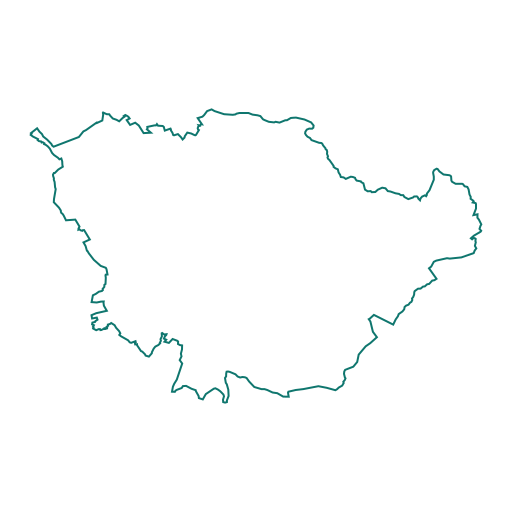 Brusturi, Bihor, Romania (Equal Earth projection)
{"feature_id": "2599482B67596025009849", "entity_name": "Brusturi", "entity_type": "district", "adm_level": 2, "iso_a3": "ROU", "parent_name": "Romania", "parent_adm1": "Bihor", "projection": "equal_earth", "projection_center": [22.262, 47.138], "detail": "fine", "context": "isolated", "style": "outline", "palette": "teal", "viewbox_px": 512, "rotation_deg": 0, "n_neighbors": 0, "source": "geoboundaries", "source_scale": "gbopen_adm2", "svg_char_len": 6035}
<svg xmlns="http://www.w3.org/2000/svg" viewBox="0 0 512 512"><path d="M473.7,253.1L474.7,250.5L476.3,248.4L474.9,245.9L475.8,242.2L475.4,241.1L475.7,238.9L474.6,238.1L473.4,238.2L472.1,239.3L470.9,238.3L474.0,235.6L480.6,231.7L481.2,230.8L479.5,228.9L480.5,225.8L481.3,224.4L478.9,219.6L477.4,217.7L477.5,214.3L473.5,215.1L476.0,208.6L476.0,204.1L475.6,203.1L472.8,202.5L473.7,201.4L473.4,200.8L470.6,198.8L470.7,196.8L469.5,194.5L468.6,189.4L467.3,186.9L464.6,186.3L463.0,184.2L462.2,183.8L455.6,183.8L452.1,181.8L451.4,180.6L451.1,176.6L450.6,175.8L449.3,175.2L443.5,174.5L439.4,171.4L437.6,169.0L436.6,168.7L434.2,170.1L433.3,171.7L433.1,172.8L433.8,176.6L433.8,179.7L429.5,190.2L426.9,193.6L426.8,195.1L426.1,196.2L425.0,195.3L422.1,196.6L420.5,198.5L420.0,200.3L418.3,198.6L417.9,197.4L416.9,196.4L414.1,196.5L413.0,197.5L408.3,199.1L404.4,197.0L403.3,195.2L400.8,195.1L399.0,193.9L395.5,193.3L390.4,191.5L387.8,191.1L385.5,188.3L382.2,187.7L377.8,189.7L375.3,192.0L371.7,192.2L370.7,191.1L367.7,191.3L365.0,189.6L363.4,183.3L361.3,182.2L360.9,181.4L356.7,180.6L355.7,179.5L355.0,177.8L352.9,177.0L350.8,176.7L345.8,178.9L343.6,177.4L340.8,177.0L340.1,174.8L338.6,172.5L337.8,169.3L335.6,168.4L333.6,166.9L333.6,165.9L329.5,160.1L328.0,158.7L327.5,157.5L328.0,156.3L327.0,153.9L327.2,151.8L326.8,150.1L325.7,149.3L325.4,148.2L323.1,145.4L322.2,143.6L321.3,143.0L319.1,142.8L311.5,140.1L310.0,138.0L307.5,136.7L305.9,134.9L305.1,133.4L305.4,131.7L306.8,129.6L309.2,128.6L312.1,128.7L313.3,127.7L313.6,125.5L311.1,122.4L304.5,119.5L296.0,117.6L292.6,117.8L290.8,118.0L287.0,120.2L285.2,120.3L279.5,122.6L275.6,121.8L274.1,122.4L272.4,122.2L268.8,121.8L264.4,120.0L263.0,119.3L260.4,116.1L257.6,115.3L252.5,114.6L248.5,113.0L239.4,113.0L236.4,113.7L235.5,114.4L232.8,114.8L224.1,114.2L214.6,111.1L211.6,109.4L207.1,111.1L204.1,115.1L202.4,116.7L197.7,118.1L202.0,124.4L200.9,124.3L200.1,125.5L199.0,125.3L199.5,125.9L198.4,126.1L197.7,128.2L198.1,129.6L198.9,130.1L196.0,134.9L195.3,135.3L194.5,135.1L191.2,133.5L187.3,132.6L184.8,136.2L184.5,137.6L182.6,139.5L181.0,137.2L177.9,134.1L174.0,135.3L173.2,135.0L172.4,132.7L170.9,130.4L170.9,129.4L170.5,128.6L164.8,130.6L163.8,126.9L162.7,126.0L158.0,125.7L156.9,124.1L156.0,125.4L154.4,125.4L147.3,126.9L147.5,128.5L146.9,129.3L150.9,132.7L143.6,133.1L138.8,125.5L135.2,122.7L130.1,124.9L126.7,120.1L129.6,118.5L128.4,116.8L126.7,115.7L125.3,115.0L123.8,116.0L124.5,116.7L122.6,118.0L119.2,121.3L116.5,119.8L112.8,118.5L110.1,115.6L109.3,114.3L106.7,114.2L103.1,112.5L102.9,112.8L103.2,114.6L102.3,120.5L96.9,123.0L96.7,122.6L95.9,123.1L86.0,130.1L83.4,131.4L78.9,137.0L53.6,146.7L52.2,145.6L51.3,143.9L47.1,139.6L43.2,136.5L42.0,134.1L39.4,131.6L37.1,128.3L31.0,133.1L31.6,133.6L30.7,134.9L33.0,136.6L38.0,139.1L37.6,140.0L38.9,141.1L41.2,141.5L41.6,142.5L42.7,142.2L44.4,143.3L44.1,144.1L45.7,144.8L47.7,146.3L49.8,148.6L52.1,153.0L54.0,155.0L58.0,157.8L59.4,159.3L61.3,158.5L62.2,161.3L62.4,165.0L62.8,166.7L58.2,169.6L54.8,173.0L53.9,173.0L53.0,174.6L53.1,175.9L53.9,178.3L53.8,179.7L54.6,182.0L55.1,187.3L55.7,189.1L54.0,199.0L53.8,202.2L59.0,207.7L60.8,210.5L60.9,211.9L61.4,213.0L62.5,213.8L63.6,215.4L66.0,220.3L75.3,219.6L79.5,226.6L78.5,228.5L78.4,229.7L79.4,229.3L80.6,230.3L82.3,230.8L82.8,230.2L84.1,230.1L89.8,239.5L83.5,242.4L85.6,246.1L86.9,250.7L87.4,250.9L88.8,253.3L93.8,259.8L100.7,265.9L105.8,267.8L106.5,269.2L107.5,274.5L105.7,274.7L105.5,275.5L105.8,277.8L105.5,284.0L104.4,284.8L104.3,286.9L102.6,289.0L102.9,290.0L101.9,291.0L98.9,291.7L95.8,293.9L92.9,295.3L91.6,302.1L96.7,302.5L101.0,301.6L103.7,301.5L103.5,302.8L103.9,305.7L106.8,310.8L96.2,313.2L91.5,315.2L92.1,318.5L96.8,317.6L97.5,319.7L95.4,321.1L95.1,321.9L92.4,322.6L92.1,324.4L93.9,325.2L93.0,326.8L93.6,327.3L93.1,328.5L96.2,330.2L98.8,329.1L100.1,329.2L100.4,330.1L101.4,330.0L103.1,329.1L104.8,329.0L104.6,328.2L106.0,328.1L106.6,328.6L107.1,328.4L107.2,327.6L106.7,326.7L108.1,325.8L107.9,324.6L110.1,323.9L111.2,323.0L114.6,325.2L116.1,327.8L119.1,331.1L120.3,333.3L119.3,334.9L120.9,336.2L128.1,340.3L129.7,342.3L130.5,342.6L131.2,342.8L135.5,341.2L135.7,342.1L134.8,342.3L135.2,344.4L137.0,344.2L137.1,345.3L141.0,351.1L142.3,351.6L145.0,354.3L145.6,355.6L148.9,356.6L151.8,353.3L151.9,352.2L153.7,348.6L155.3,346.6L158.4,345.0L160.1,343.3L159.8,342.9L160.9,340.8L160.5,339.2L161.9,336.4L161.7,333.3L162.2,333.0L164.2,334.5L166.5,334.2L166.3,334.9L164.9,336.4L163.9,338.6L166.2,339.7L164.5,341.7L168.9,342.9L172.6,339.0L177.1,340.7L178.1,341.5L178.0,344.0L180.0,345.1L182.1,345.4L182.0,349.4L180.9,353.7L181.5,356.4L179.7,360.1L182.2,363.5L176.8,379.6L174.2,383.8L172.9,386.8L172.0,391.7L174.9,391.8L175.5,390.7L176.7,389.9L181.7,388.0L182.9,386.1L186.1,385.9L191.6,388.8L195.7,390.2L195.9,391.2L198.6,396.0L198.9,398.1L202.8,399.4L205.8,394.1L213.8,388.7L215.4,388.3L218.0,389.6L220.3,391.3L223.4,394.5L224.0,396.3L223.0,399.7L223.2,402.1L225.1,402.6L226.9,402.1L226.9,400.4L228.6,396.0L228.3,389.7L226.8,384.3L225.8,382.8L225.0,378.0L226.1,376.4L226.2,373.4L226.6,371.7L228.0,371.5L229.8,371.9L235.5,374.3L237.6,376.5L240.1,377.5L242.5,377.0L245.0,377.3L246.6,378.0L249.1,381.5L254.3,387.0L261.4,389.1L264.4,389.1L267.3,390.0L272.6,392.5L277.3,393.2L283.2,396.6L288.7,396.7L288.0,392.7L288.4,391.7L295.7,390.0L303.3,389.1L318.4,386.2L326.7,387.8L335.4,390.2L337.1,389.2L338.7,387.6L342.2,385.6L343.7,383.0L343.3,381.8L344.8,380.0L345.5,378.3L344.9,377.5L344.0,373.8L344.3,371.4L345.2,369.8L353.3,366.7L357.2,362.0L358.7,354.6L365.7,346.3L370.2,343.2L376.9,337.2L372.9,331.8L370.4,321.5L368.8,319.2L369.6,318.8L373.9,314.9L393.2,324.6L395.7,319.4L397.9,316.3L398.7,314.1L402.4,311.5L404.2,309.3L404.6,307.0L406.1,305.6L408.5,304.7L410.0,302.7L411.4,301.9L412.3,300.0L412.0,298.5L413.2,297.0L414.1,294.7L414.3,292.1L414.7,291.1L418.0,288.7L420.6,288.6L423.0,286.6L424.8,286.4L427.1,284.3L429.2,283.9L432.2,280.6L434.4,280.2L436.5,278.8L429.0,268.3L431.2,266.6L433.8,261.8L436.3,260.6L447.0,258.2L449.8,258.6L461.4,257.4L473.7,253.1Z" fill="none" stroke="#0f766e" stroke-width="2"/></svg>